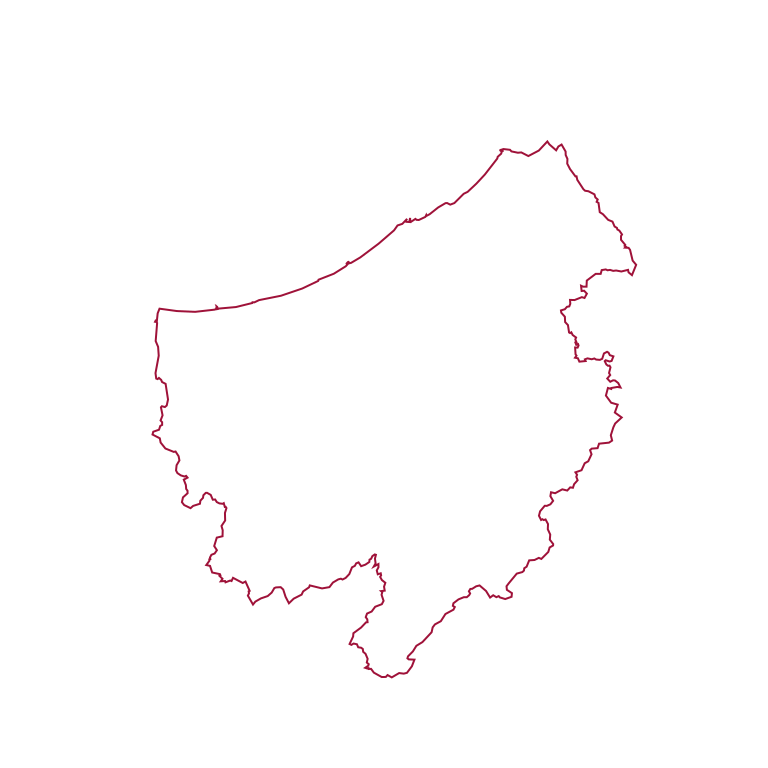 Abruzzo, Pescara, Italy, rotated 287°
{"feature_id": "23120603B60396852211", "entity_name": "Abruzzo", "entity_type": "district", "adm_level": 2, "iso_a3": "ITA", "parent_name": "Italy", "parent_adm1": "Pescara", "projection": "robinson", "projection_center": [14.015, 42.289], "detail": "fine", "context": "isolated", "style": "outline", "palette": "rose", "viewbox_px": 768, "rotation_deg": 287, "n_neighbors": 0, "source": "geoboundaries", "source_scale": "gbopen_adm2", "svg_char_len": 6154}
<svg xmlns="http://www.w3.org/2000/svg" viewBox="0 0 768 768"><g transform="rotate(287 384 384)"><path d="M211.9,225.3L209.8,228.3L208.7,235.3L211.6,237.1L215.7,243.0L218.7,242.5L222.2,244.2L224.8,243.8L227.8,245.4L228.2,246.6L227.3,250.7L223.3,254.1L224.2,256.3L222.2,258.6L221.7,261.5L222.3,264.8L223.2,265.6L219.9,267.7L220.3,268.4L219.3,269.6L214.2,269.6L207.0,272.0L200.7,270.1L197.0,272.5L191.2,274.1L188.2,269.0L179.4,269.0L176.2,272.8L172.4,271.6L170.2,268.9L167.2,268.3L165.7,269.1L165.2,268.2L163.9,268.7L158.9,267.0L159.2,270.8L153.5,274.8L154.2,282.7L153.2,283.5L152.4,282.8L150.5,286.5L147.6,285.6L149.1,289.6L148.0,290.4L151.1,294.4L151.0,295.8L154.5,296.3L152.4,307.1L154.6,309.3L146.9,316.0L146.1,315.2L144.4,316.1L141.8,315.7L134.8,323.2L138.3,324.6L143.0,329.0L147.2,334.8L151.7,337.6L156.8,338.8L157.9,340.2L159.5,344.6L158.0,347.7L151.7,352.1L146.5,357.2L152.3,360.4L158.5,366.8L162.0,367.3L167.7,371.8L169.7,371.9L170.4,384.5L173.8,391.2L179.2,393.2L183.8,397.4L185.2,399.7L184.9,401.5L187.3,404.0L192.1,406.4L199.3,407.0L201.6,409.3L204.3,409.8L206.0,411.8L203.1,415.4L205.8,419.0L209.5,422.0L211.8,421.5L213.1,422.8L216.0,423.2L218.3,425.0L218.3,426.2L214.4,426.4L210.0,428.4L206.4,427.6L210.2,431.3L207.1,432.3L203.6,431.6L200.2,433.7L202.0,436.2L200.2,437.2L198.4,436.7L195.9,439.3L194.3,443.4L190.2,443.3L186.6,445.1L185.1,441.8L184.5,443.2L181.7,443.3L176.5,447.0L172.8,446.3L168.4,440.7L162.8,438.7L159.5,434.9L155.7,434.7L154.1,436.8L151.4,437.9L150.8,436.5L144.4,433.3L136.7,427.6L133.5,428.3L125.3,427.1L125.0,429.1L126.9,430.8L127.2,434.2L124.7,436.3L125.1,439.3L124.4,441.2L121.8,442.4L120.6,445.2L116.4,448.7L112.6,449.0L111.6,451.3L110.0,451.3L107.1,449.0L107.0,451.4L107.8,452.3L107.0,452.8L107.8,454.9L105.0,458.7L103.1,467.5L104.4,471.4L106.7,472.5L105.7,477.2L112.0,483.0L112.8,487.6L114.5,490.4L122.2,493.2L129.3,493.7L127.9,488.2L128.5,486.6L130.6,486.6L136.7,489.8L143.1,491.5L148.4,496.2L160.5,502.1L165.5,501.7L169.0,503.0L173.8,507.7L182.0,510.0L188.5,516.4L191.4,516.9L192.0,514.7L194.6,514.5L199.8,518.2L203.4,522.6L204.3,525.5L207.0,527.2L208.9,527.6L210.6,525.8L213.3,526.5L213.8,528.1L217.5,531.3L219.3,534.3L215.9,542.1L210.8,547.9L213.9,550.2L213.0,553.8L214.7,555.7L213.8,557.2L213.8,562.8L217.8,568.2L221.4,567.5L223.1,561.7L226.4,560.3L229.7,561.5L241.5,566.4L244.6,571.3L246.5,572.4L248.8,572.0L251.0,573.8L257.8,574.4L259.7,579.4L263.0,582.9L262.7,585.6L271.4,590.2L276.1,590.2L279.0,592.9L280.4,592.6L283.6,588.1L288.6,587.0L293.0,583.1L298.0,581.8L301.7,578.1L300.6,576.6L301.0,575.0L299.9,574.0L303.3,570.7L307.9,570.5L314.5,573.3L315.1,575.4L317.6,578.3L321.7,579.9L325.4,575.9L329.3,575.4L329.6,579.6L335.4,585.3L335.7,590.4L339.6,592.3L340.0,595.0L343.8,595.1L348.6,597.3L351.5,595.0L353.6,595.2L355.5,592.9L359.3,598.1L366.9,599.1L369.8,601.9L377.5,603.0L381.0,600.4L382.9,601.5L385.1,607.0L389.8,607.1L393.7,616.3L396.6,618.7L401.3,615.9L409.6,616.0L413.8,616.6L421.5,621.1L424.2,613.1L432.6,613.5L432.5,606.7L437.8,599.6L445.7,599.3L445.7,602.7L446.6,602.5L449.4,608.0L449.8,611.2L453.4,607.7L454.9,603.9L454.5,602.0L452.3,599.7L454.5,595.9L458.7,597.7L460.3,596.0L466.2,595.7L467.5,594.3L466.9,592.9L467.7,590.9L470.4,588.4L471.5,589.0L471.5,593.2L472.6,594.9L477.5,595.3L477.6,591.5L479.6,589.6L480.0,587.9L477.5,585.4L471.9,585.3L470.2,583.4L469.4,579.7L469.9,577.7L468.4,575.4L468.0,571.1L466.3,568.9L464.9,570.1L462.5,564.3L465.3,561.9L465.0,559.0L467.4,559.8L468.4,558.5L474.8,556.1L475.4,558.5L477.7,558.8L478.9,557.9L477.7,556.4L479.6,554.9L480.1,555.9L482.6,553.9L484.6,554.1L486.0,550.1L488.2,548.0L487.1,547.1L487.4,545.9L494.1,542.7L496.2,539.1L501.2,537.3L504.0,532.7L506.1,531.7L508.4,535.1L511.3,536.4L512.4,538.5L515.2,538.7L518.8,537.3L520.0,541.7L524.9,547.8L524.9,550.6L529.7,551.6L531.7,548.1L530.7,545.8L535.6,543.7L535.3,545.9L536.3,549.2L542.2,547.7L551.2,554.2L552.7,559.0L556.6,558.9L558.4,562.6L558.1,564.5L559.2,566.8L559.2,570.1L560.4,572.8L561.0,578.1L564.5,584.0L562.3,585.2L560.6,589.3L571.7,590.3L574.7,585.7L584.2,580.1L585.7,578.1L584.9,574.7L586.0,575.3L586.5,573.7L587.6,574.0L591.2,568.5L594.8,567.4L596.6,567.9L599.5,564.2L600.0,562.0L601.4,561.1L602.0,558.5L606.1,555.0L606.5,550.4L610.4,543.7L611.4,540.1L619.9,536.2L620.4,534.1L622.9,534.4L624.2,531.6L626.9,529.8L628.1,523.1L627.6,519.8L628.6,517.7L635.8,509.1L638.9,507.4L638.5,506.4L643.9,499.1L648.3,494.8L652.9,493.6L656.1,490.8L659.4,489.7L664.9,483.8L662.1,481.3L657.8,480.3L661.5,472.1L663.7,469.3L652.5,463.8L644.2,455.4L645.6,447.6L644.3,444.4L643.7,437.9L644.8,436.0L643.6,429.5L642.0,427.3L642.8,428.8L641.6,429.4L641.0,428.4L642.2,426.3L641.3,427.0L640.9,428.0L640.9,428.7L638.5,428.7L634.5,426.3L632.7,426.4L613.8,419.2L602.7,413.8L592.2,407.8L589.2,404.6L577.6,398.4L574.9,394.9L575.5,391.4L574.9,389.9L568.7,384.2L559.7,378.0L557.2,375.5L557.9,375.0L555.9,374.7L551.0,369.3L550.5,367.1L551.1,365.8L547.0,362.4L547.0,361.6L549.2,360.9L550.4,360.4L547.3,360.7L547.6,361.2L546.5,361.7L545.6,357.8L546.3,357.3L545.5,356.9L548.7,357.8L542.5,354.7L539.6,350.6L533.9,348.7L516.6,337.8L498.1,324.3L490.2,317.1L489.3,315.5L490.1,314.7L489.5,314.2L489.2,314.0L489.2,315.3L487.9,313.8L488.7,313.4L490.8,314.8L490.0,313.8L488.3,313.0L487.3,313.9L485.4,313.0L474.8,303.8L464.6,290.9L463.3,290.9L451.4,277.9L438.3,259.7L427.7,240.0L424.2,236.2L423.7,234.3L422.9,234.3L414.3,219.9L407.8,203.9L407.6,203.0L409.0,201.9L409.2,201.3L407.0,202.9L406.4,201.7L408.2,201.8L408.6,201.4L406.5,201.4L405.5,200.1L397.8,182.3L393.2,164.6L390.4,147.3L385.4,146.9L377.7,148.4L377.9,147.1L376.6,146.9L376.8,148.2L376.0,149.2L358.3,153.1L353.5,157.1L345.2,160.3L327.6,162.3L322.6,164.6L322.5,166.1L324.0,167.0L322.8,169.7L321.0,171.2L320.3,175.1L306.0,182.0L299.9,182.5L297.9,181.2L297.8,178.1L296.5,177.5L289.3,181.4L283.8,181.0L282.6,183.0L280.0,183.8L278.5,182.3L274.5,182.2L270.9,177.3L268.0,177.4L266.5,185.5L262.7,187.5L258.4,193.8L257.6,202.8L258.5,204.4L254.9,208.7L251.1,210.7L245.7,209.4L240.5,210.4L238.4,212.5L237.2,216.4L237.2,220.3L238.3,221.6L237.0,223.5L234.0,220.5L229.4,224.1L225.8,225.5L224.5,227.3L222.1,228.1L216.8,224.9L211.9,225.3Z" fill="none" stroke="#9f1239" stroke-width="2"/></g></svg>